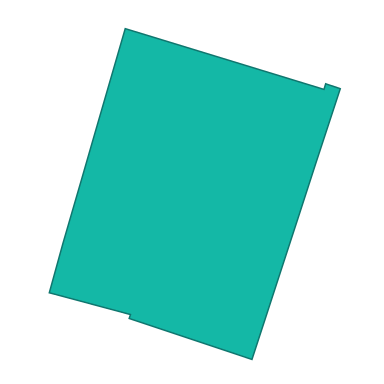 the district of Loventué, La Pampa, Argentina, rotated 17°
{"feature_id": "61730980B54162974925510", "entity_name": "Loventué", "entity_type": "district", "adm_level": 2, "iso_a3": "ARG", "parent_name": "Argentina", "parent_adm1": "La Pampa", "projection": "natural_earth1", "projection_center": [-65.521, -36.478], "detail": "fine", "context": "isolated", "style": "filled", "palette": "teal", "viewbox_px": 384, "rotation_deg": 17, "n_neighbors": 0, "source": "geoboundaries", "source_scale": "gbopen_adm2", "svg_char_len": 493}
<svg xmlns="http://www.w3.org/2000/svg" viewBox="0 0 384 384"><g transform="rotate(17 192 192)"><path d="M80.4,55.3L80.4,55.5L81.0,97.8L82.0,167.1L82.7,211.5L83.6,278.6L85.0,330.1L90.2,329.9L169.0,327.2L169.0,327.8L168.9,331.3L171.6,331.4L298.3,334.6L299.1,292.1L299.7,258.4L301.1,182.9L302.0,128.2L303.0,79.5L303.6,49.9L302.8,49.8L289.8,49.5L288.2,49.4L288.2,54.6L288.2,55.3L287.1,55.3L270.5,55.3L253.9,55.3L83.7,55.3L80.4,55.3Z" fill="#14b8a6" stroke="#0f766e" stroke-width="1.5"/></g></svg>